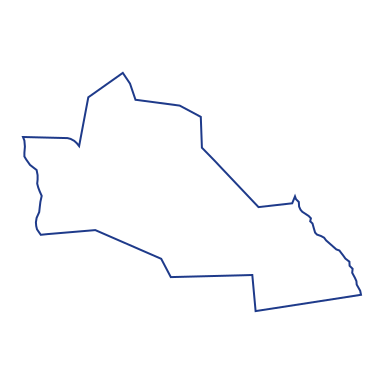 Jardim do Mulato, Piauí, Brazil
{"feature_id": "56859067B52295682462002", "entity_name": "Jardim do Mulato", "entity_type": "district", "adm_level": 2, "iso_a3": "BRA", "parent_name": "Brazil", "parent_adm1": "Piauí", "projection": "robinson", "projection_center": [-42.519, -6.135], "detail": "fine", "context": "isolated", "style": "outline", "palette": "blue", "viewbox_px": 384, "rotation_deg": 0, "n_neighbors": 0, "source": "geoboundaries", "source_scale": "gbopen_adm2", "svg_char_len": 1050}
<svg xmlns="http://www.w3.org/2000/svg" viewBox="0 0 384 384"><path d="M40.8,234.8L47.6,234.1L95.3,230.1L161.2,258.8L170.8,277.1L241.8,275.3L252.3,275.0L255.6,311.1L361.0,294.8L360.2,290.8L356.7,284.6L356.4,281.1L354.9,277.8L352.2,272.8L352.6,268.8L349.6,265.8L349.4,261.7L345.4,258.6L342.9,255.1L341.1,252.8L339.4,250.5L336.3,249.4L328.5,242.5L326.1,240.4L324.1,237.7L321.0,236.0L317.0,234.6L315.1,232.6L313.8,228.2L312.5,223.5L310.2,221.3L310.9,218.3L308.7,216.0L302.3,211.8L300.5,209.7L299.1,206.6L298.8,202.0L296.0,199.2L295.0,196.4L292.2,203.3L258.5,207.1L222.5,169.1L214.4,160.5L201.9,147.7L200.8,116.9L179.7,105.6L138.1,100.1L135.5,99.8L130.0,83.6L122.8,72.9L88.3,97.3L79.1,146.1L76.8,143.2L74.3,140.9L70.6,138.9L67.5,138.1L23.0,137.0L24.4,140.6L24.9,146.6L24.4,152.8L24.4,156.5L26.2,159.5L30.0,164.9L33.2,167.4L36.6,170.0L37.6,175.2L37.6,179.5L37.2,183.6L38.2,187.4L39.7,191.4L41.7,195.9L40.4,201.8L39.8,206.7L39.2,212.1L36.6,217.9L35.9,222.3L36.2,226.0L37.0,229.3L39.1,232.4L40.8,234.8Z" fill="none" stroke="#1e3a8a" stroke-width="2"/></svg>